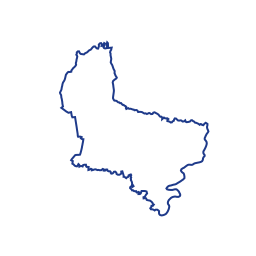 outline of Bom Jesus de Goiás, Goiás, Brazil, rotated 233°
{"feature_id": "56859067B21654402984867", "entity_name": "Bom Jesus de Goiás", "entity_type": "district", "adm_level": 2, "iso_a3": "BRA", "parent_name": "Brazil", "parent_adm1": "Goiás", "projection": "natural_earth1", "projection_center": [-49.889, -18.197], "detail": "fine", "context": "isolated", "style": "outline", "palette": "blue", "viewbox_px": 256, "rotation_deg": 233, "n_neighbors": 0, "source": "geoboundaries", "source_scale": "gbopen_adm2", "svg_char_len": 5795}
<svg xmlns="http://www.w3.org/2000/svg" viewBox="0 0 256 256"><g transform="rotate(233 128 128)"><path d="M217.6,130.8L216.6,130.8L215.7,130.6L214.6,129.4L213.8,128.3L212.2,126.7L211.4,125.6L210.5,124.9L209.7,124.6L209.2,123.4L208.9,121.8L208.8,120.2L208.3,118.6L208.0,117.4L207.1,116.6L207.7,115.3L208.7,114.1L208.6,112.9L207.9,110.5L205.4,107.5L204.5,106.2L204.0,105.1L203.4,103.4L202.3,101.9L201.4,101.0L200.4,99.7L198.7,97.9L197.2,95.0L196.3,94.6L195.5,94.5L194.6,94.4L193.7,93.9L192.6,93.2L190.9,92.5L188.4,91.2L186.8,90.2L185.4,89.5L184.3,89.0L184.2,86.9L181.6,87.7L178.4,88.6L176.0,89.6L174.9,92.1L171.6,90.4L170.0,90.0L169.2,91.3L168.6,92.3L159.4,87.4L157.6,86.4L156.3,85.7L153.7,84.3L151.8,83.1L151.0,82.9L150.3,84.1L149.5,85.0L148.6,85.5L148.1,84.2L146.8,84.6L145.9,85.6L144.5,84.2L143.3,82.9L142.7,82.2L142.0,81.5L141.0,80.3L140.1,79.4L138.1,77.0L136.3,74.7L135.6,73.6L136.2,72.5L137.7,70.4L138.1,69.5L137.5,66.8L136.9,64.2L136.5,63.2L135.7,63.5L134.8,64.0L133.0,62.1L131.8,62.6L129.9,62.8L129.0,63.3L128.1,64.1L128.3,65.2L129.0,66.7L128.0,66.9L127.3,66.4L126.4,65.9L126.2,67.1L125.7,67.9L124.6,68.6L125.4,69.9L124.9,71.1L124.0,72.3L122.9,71.6L121.9,71.5L121.3,72.4L120.5,73.1L119.8,72.3L119.1,71.7L118.3,71.1L117.9,72.2L117.8,73.8L116.8,74.3L116.0,73.7L115.5,74.8L115.2,76.0L114.6,77.1L113.7,77.8L112.9,78.1L112.3,79.2L111.2,80.1L110.4,81.3L110.5,83.2L109.4,83.8L108.6,83.0L107.8,83.9L108.1,85.5L107.3,86.4L106.4,85.9L105.2,86.4L104.3,87.6L103.2,87.7L102.5,87.2L101.6,87.2L101.0,88.3L101.1,89.5L101.5,90.4L100.9,91.5L99.5,91.8L98.1,91.2L96.9,91.7L95.9,92.9L95.6,94.3L95.8,95.5L96.6,95.9L97.3,96.4L96.8,97.4L92.4,95.8L91.7,95.1L90.9,95.9L89.9,96.1L89.0,96.4L89.2,97.6L88.8,99.0L89.8,99.9L89.6,101.2L89.2,102.3L88.4,102.2L87.8,101.0L86.6,100.8L86.1,99.8L85.3,99.6L84.6,98.9L83.3,98.8L82.4,98.5L81.3,98.0L80.1,96.9L79.3,97.6L78.2,97.4L78.3,95.9L79.5,95.3L79.4,94.1L78.7,93.5L76.6,93.9L75.7,93.7L75.0,94.7L74.0,94.8L73.2,95.7L72.6,96.5L71.7,96.1L70.8,96.4L70.7,97.8L69.9,98.2L69.1,97.8L68.7,96.9L68.1,97.7L68.1,98.8L69.0,100.1L69.5,100.9L67.7,103.3L66.9,104.1L66.1,104.6L64.2,103.8L64.0,102.5L63.5,101.3L63.0,100.1L63.4,98.7L62.4,98.1L61.7,99.4L60.9,100.1L59.3,99.7L58.0,100.7L56.9,101.8L55.4,102.3L54.2,102.5L53.3,102.5L52.6,102.1L51.3,102.5L50.9,100.9L51.7,99.9L50.8,98.9L50.5,97.5L49.3,97.4L48.2,98.7L47.0,99.4L46.1,99.7L46.1,101.0L45.3,102.1L44.1,102.6L42.9,102.8L42.1,102.1L41.3,101.5L40.2,101.1L39.1,101.3L37.9,102.3L37.3,103.5L37.0,104.3L36.7,105.5L36.6,106.9L37.0,108.2L37.4,109.4L38.7,111.7L39.5,112.7L40.4,113.7L41.5,114.2L43.0,114.2L44.2,114.7L45.2,115.8L45.9,117.3L46.1,118.7L46.3,120.3L46.1,121.9L45.6,123.1L45.0,124.3L43.5,125.7L42.6,126.9L42.4,128.4L43.0,129.4L44.1,129.9L45.1,130.0L46.2,130.3L47.4,130.3L48.2,130.2L49.3,130.0L50.2,129.5L51.0,128.2L51.8,126.2L52.6,125.1L54.2,123.3L55.5,122.3L56.6,122.3L57.0,123.4L57.2,124.5L57.2,125.5L56.9,126.5L56.3,127.6L55.4,130.1L54.6,131.7L54.3,132.7L54.2,133.9L54.1,135.2L53.9,136.7L53.8,138.0L53.8,139.3L53.7,141.0L54.0,142.9L55.3,143.9L57.3,144.9L58.4,145.1L59.6,144.7L60.6,144.5L62.1,144.6L62.9,145.7L62.9,147.4L62.6,148.6L62.6,150.0L62.6,151.1L62.6,152.2L62.5,153.5L62.1,154.5L61.3,155.5L60.5,156.3L60.0,157.1L59.8,158.2L59.8,159.3L59.5,160.4L57.5,164.6L57.0,166.1L56.9,167.3L57.6,168.7L58.6,169.6L59.2,170.7L59.5,172.3L60.2,172.9L61.6,172.9L62.6,173.1L63.6,173.8L64.2,174.7L64.7,176.0L65.3,177.2L65.8,178.2L66.5,179.4L67.5,180.8L68.5,181.8L69.8,182.4L71.2,182.5L72.2,182.4L73.1,182.6L73.9,183.4L74.4,184.4L74.9,185.2L75.8,187.0L76.3,188.8L76.8,190.1L78.2,190.6L79.7,190.9L81.3,191.7L82.3,193.0L83.4,193.9L84.6,193.5L85.4,193.2L85.4,191.6L84.9,189.8L85.9,189.0L86.7,189.0L87.5,188.3L87.4,187.2L89.1,186.7L89.8,186.3L91.1,185.6L91.8,184.8L92.7,184.7L93.5,184.6L94.4,184.1L95.7,183.8L96.2,183.0L95.9,181.4L96.3,180.3L97.3,178.4L98.2,177.9L99.7,178.3L99.6,176.7L100.3,175.5L101.9,175.1L102.6,174.4L103.1,173.3L103.9,172.5L105.0,172.3L105.9,172.1L106.7,172.0L107.5,171.1L107.0,169.9L106.2,168.9L106.5,167.6L106.1,166.5L106.7,165.4L107.9,165.1L108.9,164.4L109.8,163.6L110.7,164.3L110.9,165.6L112.0,165.3L112.9,164.0L113.8,163.2L114.7,163.0L114.5,160.6L115.7,161.6L116.9,161.5L117.5,160.6L118.4,160.4L119.4,160.4L120.4,160.4L121.6,160.0L123.3,159.2L124.5,158.7L125.0,157.5L124.5,156.0L125.2,154.8L126.5,154.4L127.3,153.9L127.5,152.9L127.8,151.5L129.1,150.9L129.7,149.8L131.1,149.2L132.0,148.9L133.0,148.1L133.9,147.0L134.7,145.7L136.0,146.0L137.1,145.7L137.7,144.9L138.3,143.8L139.2,143.7L139.8,143.0L140.6,142.5L141.8,141.7L142.7,140.4L143.8,140.1L144.0,139.1L144.2,138.1L145.3,138.3L145.9,139.3L147.0,139.2L147.9,138.6L149.1,138.4L149.7,137.6L151.0,137.5L152.0,137.5L152.6,136.6L153.6,136.5L154.3,135.7L155.2,135.4L156.5,135.2L157.3,134.5L158.1,133.6L159.3,133.6L160.9,134.0L161.9,134.9L165.6,138.6L166.7,139.5L168.9,140.7L169.8,141.2L171.3,142.1L173.6,143.2L174.5,144.4L174.7,146.4L174.6,148.2L174.9,149.3L175.9,149.5L176.8,149.5L177.9,149.7L178.7,150.0L179.8,150.2L181.5,151.6L182.4,151.8L183.3,151.9L184.2,152.1L185.4,152.5L186.6,152.9L187.9,153.3L189.4,153.4L190.8,153.7L191.7,154.6L192.7,155.7L193.7,156.5L194.6,156.9L196.7,157.9L197.8,158.8L199.2,159.2L200.2,160.5L200.6,161.7L201.4,162.5L202.0,163.3L204.0,160.1L205.8,161.6L207.8,163.0L208.9,162.9L208.2,162.0L207.4,161.4L206.6,160.9L205.8,160.5L204.6,159.1L205.3,157.6L206.2,157.0L207.4,157.1L207.7,158.0L208.2,159.2L209.4,160.4L210.2,160.1L209.6,158.9L209.0,157.4L209.5,156.3L210.1,157.0L210.8,157.6L212.0,157.6L212.5,156.5L212.2,154.9L210.9,154.1L210.1,153.0L209.4,151.9L210.0,151.2L210.8,150.9L213.1,150.7L213.8,149.5L213.6,147.8L213.3,146.8L213.0,145.4L213.4,143.7L213.1,141.4L213.1,140.4L213.5,138.9L213.3,137.1L215.5,134.9L216.5,134.6L217.4,134.7L218.7,135.0L219.4,134.0L219.2,132.6L218.1,131.8L217.6,130.8Z" fill="none" stroke="#1e3a8a" stroke-width="2"/></g></svg>